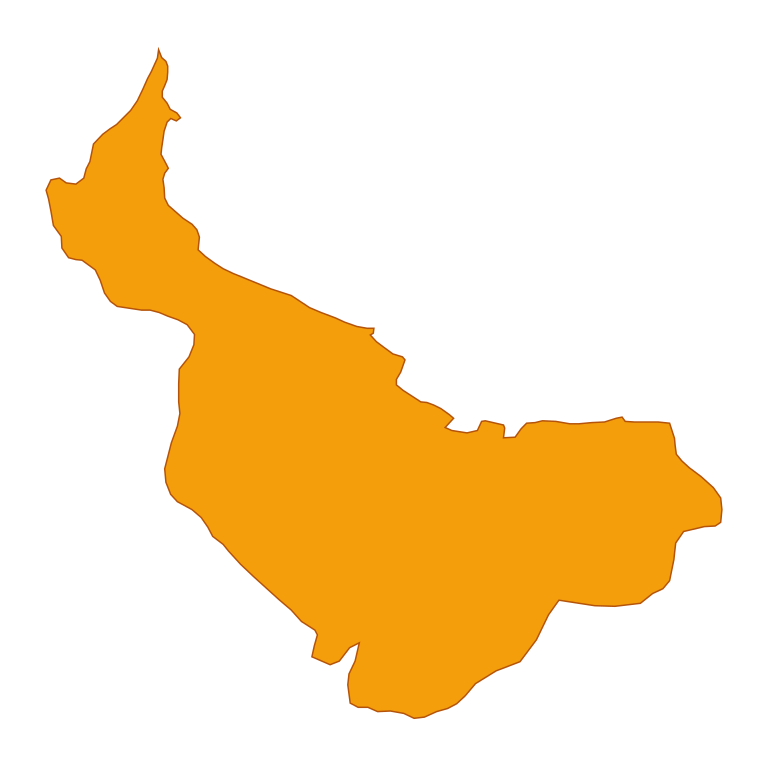 outline of Lundu, Sarawak, Malaysia
{"feature_id": "92858781B46549610571988", "entity_name": "Lundu", "entity_type": "district", "adm_level": 2, "iso_a3": "MYS", "parent_name": "Malaysia", "parent_adm1": "Sarawak", "projection": "orthographic", "projection_center": [109.809, 1.733], "detail": "fine", "context": "isolated", "style": "filled", "palette": "amber", "viewbox_px": 768, "rotation_deg": 0, "n_neighbors": 0, "source": "geoboundaries", "source_scale": "gbopen_adm2", "svg_char_len": 2537}
<svg xmlns="http://www.w3.org/2000/svg" viewBox="0 0 768 768"><path d="M669.6,423.2L658.0,422.0L634.3,422.0L625.2,421.4L622.1,417.1L616.1,418.3L604.5,422.0L591.7,422.6L578.9,423.8L569.8,423.8L555.8,421.4L542.4,420.8L535.1,422.6L526.6,423.2L521.2,428.7L515.1,437.2L503.5,437.8L504.1,432.9L504.7,428.1L503.5,425.0L485.3,420.8L481.6,421.4L477.4,430.5L467.0,432.9L451.8,430.5L445.1,427.5L453.6,418.3L449.4,414.7L440.9,408.6L433.6,405.0L426.9,402.5L420.8,401.9L403.1,390.4L396.4,384.9L396.4,379.4L400.7,372.1L405.0,359.9L402.5,356.9L392.8,353.9L383.7,347.2L376.4,341.7L370.3,335.0L373.3,333.2L373.9,328.3L367.2,328.3L356.9,326.5L344.7,322.2L335.6,318.0L321.0,312.5L309.5,307.6L291.2,295.5L270.5,288.8L243.8,277.8L233.4,273.6L223.1,268.7L214.6,263.2L205.4,256.5L198.1,249.8L199.4,237.1L196.9,229.8L192.1,224.3L182.9,218.2L168.3,205.4L164.7,198.1L164.1,187.8L162.9,179.3L164.7,173.2L168.3,168.3L165.9,163.5L161.0,154.3L161.7,147.7L162.9,139.7L164.1,131.2L167.1,122.1L170.8,118.5L176.3,120.9L180.5,117.8L176.9,113.0L170.2,109.3L167.1,103.2L162.3,97.2L162.3,91.1L164.7,85.6L167.1,79.5L167.7,72.2L167.7,66.1L165.9,61.3L161.7,57.6L158.6,49.7L157.4,58.2L151.3,71.6L147.7,78.3L142.8,89.3L137.3,100.8L130.6,110.5L116.6,124.5L110.0,128.8L102.7,134.3L93.5,144.0L89.9,161.6L86.2,168.9L83.8,178.1L75.9,184.1L66.2,182.9L59.5,178.1L50.9,179.9L46.1,190.2L48.5,198.7L50.9,210.9L53.4,225.5L61.3,236.4L61.9,248.0L68.6,257.7L75.9,259.6L82.0,260.2L95.3,269.9L100.2,280.2L104.5,293.0L110.5,301.5L117.2,306.4L141.6,310.1L150.1,310.1L159.2,312.5L167.7,316.1L178.1,319.8L187.2,324.7L194.5,334.4L193.9,344.7L189.0,356.9L179.3,369.1L178.7,383.7L178.7,401.9L179.9,413.5L177.4,426.2L171.4,442.7L168.3,454.8L164.7,468.8L165.9,482.2L170.7,494.4L177.4,501.7L192.0,509.6L201.2,517.5L207.9,527.2L212.7,536.4L223.1,544.3L228.5,551.0L240.7,564.4L253.5,576.5L279.0,599.6L291.2,610.0L301.5,621.5L314.9,630.1L317.4,634.9L314.3,645.9L311.9,656.8L330.1,664.7L339.3,661.1L349.6,647.7L359.3,642.8L355.1,661.1L349.0,673.9L347.8,684.8L350.2,703.1L358.1,707.3L367.9,707.3L377.6,711.6L390.4,711.0L403.8,713.4L414.1,718.3L424.4,717.1L436.6,711.6L447.6,708.5L456.7,703.7L465.2,695.8L475.5,683.6L496.2,670.8L520.0,661.7L536.4,639.8L548.5,614.8L558.9,600.2L594.8,605.7L614.9,606.3L640.4,603.3L652.6,593.5L662.9,588.7L669.6,580.7L673.9,559.5L674.6,552.7L675.7,543.0L683.6,531.5L704.3,526.6L715.2,526.0L720.7,522.3L721.9,509.6L720.7,498.0L713.4,487.7L701.2,476.7L689.1,467.6L681.8,460.9L676.3,454.2L675.1,445.1L674.5,438.4L669.6,423.2Z" fill="#f59e0b" stroke="#b45309" stroke-width="1.5"/></svg>